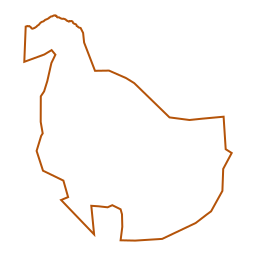 Darxan, Hentiy, Mongolia
{"feature_id": "93677404B15317120732328", "entity_name": "Darxan", "entity_type": "district", "adm_level": 2, "iso_a3": "MNG", "parent_name": "Mongolia", "parent_adm1": "Hentiy", "projection": "orthographic", "projection_center": [109.184, 46.592], "detail": "fine", "context": "isolated", "style": "outline", "palette": "amber", "viewbox_px": 256, "rotation_deg": 0, "n_neighbors": 0, "source": "geoboundaries", "source_scale": "gbopen_adm2", "svg_char_len": 2049}
<svg xmlns="http://www.w3.org/2000/svg" viewBox="0 0 256 256"><path d="M80.6,28.0L78.8,27.5L78.2,27.1L78.0,26.7L77.7,26.5L77.3,26.3L77.0,26.1L76.7,26.0L76.6,25.7L76.5,25.1L76.2,24.6L75.7,24.2L75.1,24.0L74.6,23.9L74.1,23.7L73.7,23.3L73.3,23.1L73.0,22.8L72.9,22.5L72.7,22.0L72.6,21.6L72.3,21.4L72.0,21.2L71.4,21.0L71.2,21.0L70.6,21.2L70.4,21.2L70.1,21.1L69.8,21.0L69.6,21.0L69.4,21.3L69.2,21.5L68.8,21.6L68.6,21.5L68.3,21.3L68.0,21.1L67.5,21.0L67.2,20.7L66.9,20.7L66.6,20.5L66.4,20.3L66.1,20.0L65.6,19.5L65.3,19.3L65.0,19.2L64.5,19.1L63.9,18.8L63.5,18.7L62.9,18.8L62.1,18.8L61.4,18.6L60.6,18.3L59.9,17.9L59.6,17.7L59.1,17.4L58.7,17.3L58.3,17.3L57.8,17.4L57.4,17.3L57.1,17.2L56.9,16.8L56.7,16.5L56.6,16.2L56.5,15.9L56.3,15.8L56.2,15.9L56.0,16.0L55.7,16.0L55.6,15.9L55.5,15.6L55.4,15.4L55.1,15.4L54.7,15.4L54.4,15.4L54.1,15.4L53.8,15.6L53.6,15.6L53.2,15.8L52.9,15.9L52.5,16.2L52.1,16.4L51.8,16.4L51.2,16.4L50.8,16.6L50.2,17.0L49.6,17.5L49.1,17.7L49.0,17.9L48.8,18.2L48.3,18.5L47.4,18.9L46.5,19.4L45.8,19.6L45.3,19.8L44.9,20.1L44.5,20.5L44.2,20.7L43.8,21.1L43.2,21.4L42.8,21.6L42.2,21.8L41.7,21.9L41.4,22.1L40.4,22.9L40.1,23.2L39.1,24.4L38.7,24.9L38.2,25.2L37.3,25.7L37.1,26.0L36.7,26.5L36.2,26.9L35.5,27.3L35.0,27.6L34.6,28.0L34.2,28.1L33.7,28.2L33.2,28.5L32.8,28.6L32.3,28.7L31.9,28.5L31.6,28.4L31.4,28.1L31.3,27.9L31.0,27.6L30.9,27.3L30.5,27.0L30.0,26.7L29.7,26.4L29.4,26.1L29.2,26.1L28.8,26.1L28.6,26.2L28.3,26.3L28.0,26.3L27.7,26.1L27.4,26.0L27.0,26.1L26.7,26.3L26.4,26.4L26.1,26.5L25.7,26.6L24.3,61.8L44.3,54.5L51.6,50.1L55.4,54.7L51.4,63.0L47.3,81.1L44.1,91.4L40.8,96.3L40.7,121.9L42.7,133.4L41.2,135.8L36.6,150.9L43.0,170.7L63.4,180.6L68.1,197.1L61.1,200.0L94.1,234.4L91.3,205.8L98.6,206.3L107.6,207.3L112.3,205.2L120.6,209.3L122.0,214.3L122.3,226.8L120.6,240.3L135.2,240.6L162.2,238.9L195.7,223.0L206.5,214.7L211.1,211.3L222.4,190.9L223.2,168.9L231.7,153.0L225.7,149.2L223.6,116.7L202.0,118.7L189.5,120.0L169.5,117.4L134.2,83.1L126.1,78.1L109.0,70.6L95.0,70.8L84.1,42.5L83.1,32.9L80.6,28.0Z" fill="none" stroke="#b45309" stroke-width="2"/></svg>